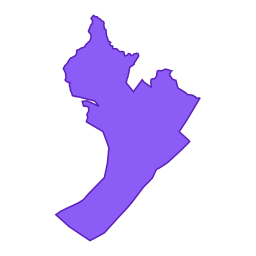 Santa Cruz Xitla, Oaxaca, Mexico (Albers equal-area conic projection)
{"feature_id": "50627088B78540984187626", "entity_name": "Santa Cruz Xitla", "entity_type": "district", "adm_level": 2, "iso_a3": "MEX", "parent_name": "Mexico", "parent_adm1": "Oaxaca", "projection": "albers", "projection_center": [-96.682, 16.337], "detail": "fine", "context": "isolated", "style": "filled", "palette": "violet", "viewbox_px": 256, "rotation_deg": 0, "n_neighbors": 0, "source": "geoboundaries", "source_scale": "gbopen_adm2", "svg_char_len": 3911}
<svg xmlns="http://www.w3.org/2000/svg" viewBox="0 0 256 256"><path d="M164.9,69.2L163.8,69.9L163.3,70.1L162.2,70.5L161.4,70.9L160.4,70.7L159.4,70.5L158.5,70.7L157.5,70.9L157.3,71.3L157.0,72.6L156.8,73.4L156.7,74.3L156.7,75.5L156.3,76.5L155.8,77.3L155.3,78.0L154.6,78.5L154.2,78.7L153.5,78.9L152.9,78.8L152.1,78.9L151.2,79.4L151.1,79.8L150.8,82.4L150.9,83.2L150.9,83.9L151.0,84.1L151.4,85.3L151.3,86.4L151.1,87.1L147.5,84.6L146.3,83.8L144.3,82.4L144.2,82.3L142.7,80.4L142.2,79.7L139.9,82.8L133.4,91.7L132.0,89.9L126.6,83.3L126.0,82.6L126.3,82.1L126.6,81.4L126.7,80.4L126.8,79.5L127.3,78.4L127.6,77.6L127.9,76.6L128.0,75.9L128.1,75.6L128.2,75.1L128.3,74.7L128.5,73.6L128.9,72.6L129.1,71.5L129.3,70.5L129.2,69.4L129.5,68.5L129.9,67.6L130.4,66.7L132.0,65.9L133.3,64.9L134.3,64.0L134.2,62.8L134.5,62.5L134.7,62.2L135.4,61.2L136.0,60.4L136.5,59.5L136.7,58.6L137.1,58.4L137.3,58.3L137.5,58.2L137.8,57.7L138.0,57.1L138.5,56.7L138.6,55.8L138.5,54.8L138.5,54.7L138.3,54.0L137.6,53.5L136.5,53.2L135.5,53.7L135.4,53.7L134.8,53.8L134.3,53.9L133.6,54.3L132.8,55.1L132.2,55.5L131.2,55.4L130.8,55.0L130.4,54.3L129.9,53.7L129.1,53.7L128.3,53.6L128.3,54.1L128.0,54.6L127.6,55.0L126.8,55.3L126.1,55.6L125.3,55.9L124.6,55.6L124.5,54.8L124.4,54.6L124.3,54.1L124.2,53.4L124.0,52.6L124.0,52.1L123.6,51.8L123.3,51.7L122.8,51.6L122.4,51.5L121.7,51.6L121.0,51.5L120.5,51.6L120.0,51.6L119.3,51.3L118.8,51.1L118.3,50.7L118.0,50.2L117.7,49.7L117.0,49.0L116.5,48.8L116.0,48.6L115.1,48.7L114.1,48.8L113.4,48.9L112.7,48.5L112.8,47.9L112.7,47.2L112.8,46.5L112.4,45.9L111.8,45.8L111.3,45.7L110.1,45.2L109.8,44.7L109.8,44.3L110.1,43.8L110.2,43.3L110.6,42.5L109.9,41.8L109.3,41.5L108.4,41.1L108.1,40.2L107.7,38.9L107.6,38.5L107.4,37.7L107.3,37.3L107.0,36.7L106.5,36.0L106.3,34.9L106.5,34.2L106.3,33.5L106.2,32.6L106.1,31.9L106.1,30.9L105.9,29.7L105.4,29.2L104.5,28.9L104.5,28.4L104.3,27.7L104.1,26.7L103.9,25.9L103.8,25.1L103.8,24.5L104.0,23.9L104.0,23.1L103.9,22.4L103.5,21.6L102.9,21.3L102.0,21.0L101.1,20.4L100.8,20.0L100.6,19.4L100.0,18.9L99.2,18.6L98.2,18.3L97.8,17.7L97.2,16.8L96.7,16.7L95.6,16.7L95.1,16.5L94.3,16.0L93.4,15.4L92.2,16.8L91.6,17.8L91.0,18.6L91.9,19.3L92.2,20.1L92.4,21.2L92.4,22.1L92.4,22.8L92.1,23.8L91.2,24.6L89.8,27.7L89.5,28.5L89.2,29.4L88.5,30.7L88.5,31.4L89.2,32.5L89.7,33.2L90.6,33.9L91.0,35.4L91.1,37.5L90.5,39.4L89.8,40.7L89.6,41.2L88.5,42.0L87.8,42.8L86.4,44.1L85.4,45.1L85.0,46.7L84.5,46.9L83.5,47.4L82.6,47.7L81.5,48.0L80.4,48.5L79.3,49.4L78.5,49.7L77.9,49.9L76.8,50.3L76.6,52.2L76.6,53.6L75.9,54.8L75.1,55.9L73.2,56.8L72.9,57.0L71.9,57.6L71.1,57.9L70.5,58.0L70.4,58.2L69.5,59.5L68.3,61.1L67.7,62.5L67.1,63.4L65.8,64.8L64.7,65.9L64.2,67.1L63.7,68.0L63.3,68.6L64.3,70.5L65.1,72.1L65.3,72.6L65.5,73.0L65.7,75.0L65.7,75.3L66.1,78.2L65.2,79.4L65.3,80.5L65.6,80.8L67.0,81.7L67.5,82.1L70.0,82.7L69.3,84.0L69.6,86.4L70.0,86.7L70.0,87.9L70.4,89.2L70.4,90.4L71.1,91.8L71.8,93.4L72.3,95.4L72.8,95.9L73.6,96.0L74.2,96.0L75.2,96.1L75.2,96.5L76.6,96.6L76.8,96.8L77.6,96.7L77.9,96.7L94.9,101.1L96.4,103.1L99.0,106.3L87.0,100.8L83.7,101.2L82.2,101.4L83.6,106.1L87.3,106.5L88.7,107.5L88.6,111.2L87.9,112.5L86.8,114.6L87.8,117.5L86.3,121.8L103.0,131.6L105.8,139.1L108.9,147.8L107.5,161.9L107.4,163.3L104.4,177.5L88.5,193.8L83.5,199.6L78.5,202.8L67.0,208.2L61.1,211.0L55.8,214.7L63.9,221.9L69.1,226.6L80.1,234.0L82.3,235.5L90.0,240.6L95.4,237.8L104.3,232.9L112.4,224.0L120.1,215.5L126.9,208.3L132.4,201.8L143.3,187.3L152.4,178.0L156.3,169.6L160.8,167.1L167.7,162.5L181.9,149.4L189.6,141.6L189.0,140.6L183.1,135.2L180.8,133.2L179.7,132.1L179.2,131.7L185.3,122.4L188.7,117.0L199.8,98.3L200.2,97.8L199.5,98.1L197.4,98.0L196.3,97.9L196.0,97.8L195.8,97.4L195.7,97.1L195.5,96.9L192.5,95.2L189.2,94.8L187.9,94.8L186.7,93.8L185.9,93.0L184.9,92.2L177.9,87.9L177.8,87.6L175.9,80.3L175.5,80.3L173.5,79.5L172.5,79.3L169.5,74.7L171.3,71.0L171.5,70.9L170.9,70.8L167.4,69.5L164.9,69.2Z" fill="#8b5cf6" stroke="#5b21b6" stroke-width="1.5"/></svg>